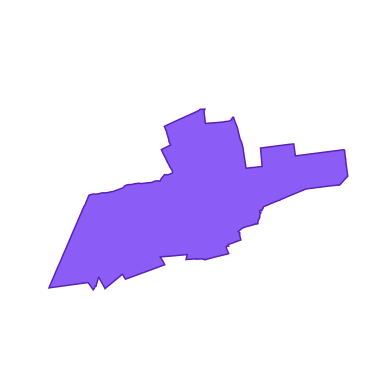 the district of Agigea, Constanta, Romania, rotated 350°
{"feature_id": "2599482B70645181256609", "entity_name": "Agigea", "entity_type": "district", "adm_level": 2, "iso_a3": "ROU", "parent_name": "Romania", "parent_adm1": "Constanta", "projection": "equal_earth", "projection_center": [28.603, 44.096], "detail": "fine", "context": "isolated", "style": "filled", "palette": "violet", "viewbox_px": 384, "rotation_deg": 350, "n_neighbors": 0, "source": "geoboundaries", "source_scale": "gbopen_adm2", "svg_char_len": 5749}
<svg xmlns="http://www.w3.org/2000/svg" viewBox="0 0 384 384"><g transform="rotate(350 192 192)"><path d="M251.2,234.8L251.3,234.6L251.4,234.4L251.5,234.3L251.4,234.2L251.3,233.9L251.4,233.7L251.6,233.2L251.8,232.6L252.3,231.6L252.4,231.4L252.7,231.0L253.2,230.4L253.5,230.1L253.7,229.8L253.9,229.4L254.3,228.8L254.4,228.3L254.4,228.0L254.5,227.4L254.6,226.9L254.8,226.5L255.0,226.1L255.2,225.5L255.3,225.3L255.5,225.0L255.6,224.8L255.8,224.8L256.0,224.9L256.0,225.1L256.1,224.8L256.2,224.6L256.3,224.4L256.2,224.3L256.0,224.6L255.9,224.6L255.7,224.5L255.5,224.3L255.3,224.1L255.2,224.0L255.1,223.7L255.1,223.2L255.2,222.7L255.4,222.3L255.6,222.1L255.9,221.9L256.2,221.8L256.4,221.7L256.7,221.8L256.8,222.0L257.0,222.5L257.3,222.6L257.5,222.6L257.7,222.2L257.9,221.7L258.3,221.1L258.4,220.8L258.6,220.6L258.9,220.6L259.0,220.6L259.0,220.4L259.2,220.1L259.4,219.8L259.8,219.1L260.2,218.8L260.8,218.7L261.6,218.5L263.8,218.1L264.9,217.8L266.6,217.4L267.9,217.0L270.9,216.4L273.2,215.9L275.2,215.4L275.6,215.4L276.0,215.4L276.2,215.5L276.7,215.4L277.2,215.3L277.7,215.0L278.0,214.8L280.0,214.4L281.5,214.1L281.8,214.0L284.6,213.3L289.0,212.3L296.0,210.8L298.6,210.2L299.1,210.2L299.4,210.1L299.6,209.9L303.0,209.2L303.8,209.0L305.0,208.9L308.0,208.9L312.4,209.2L314.3,209.2L317.1,209.3L317.7,209.5L318.3,209.6L318.7,209.6L318.9,209.6L320.1,209.5L325.6,209.8L331.1,210.1L334.3,210.4L337.2,210.5L337.9,210.9L338.3,210.8L339.0,210.5L340.4,209.5L341.7,208.4L343.9,206.7L346.5,204.6L347.5,204.1L347.9,203.7L348.2,203.2L348.3,199.5L348.5,195.1L348.6,191.0L348.7,189.9L348.8,187.4L349.1,186.7L349.0,185.7L349.0,185.1L349.1,184.2L349.1,182.0L349.2,181.1L349.5,177.4L349.2,176.9L348.8,176.7L348.5,176.7L300.1,174.4L300.5,162.3L295.2,161.9L267.1,160.6L265.5,179.0L256.3,178.5L256.3,178.4L249.4,178.0L249.4,177.8L249.4,176.9L249.5,173.4L249.5,170.3L249.6,168.4L249.6,165.3L249.7,164.1L249.7,162.7L249.7,161.6L249.8,160.3L249.8,159.2L249.9,157.7L249.8,156.9L249.8,156.1L249.7,154.5L249.6,153.3L249.5,152.4L249.4,151.4L249.4,151.2L248.9,149.7L248.6,148.6L248.5,147.8L248.3,145.2L248.3,144.1L248.2,142.3L248.1,141.4L248.1,140.4L248.0,138.8L247.9,137.0L247.7,135.8L246.7,131.0L246.1,127.6L246.0,127.1L246.0,126.8L246.0,126.7L245.9,126.8L245.9,126.7L245.6,125.5L244.9,125.6L243.8,127.0L243.4,127.5L243.2,127.6L242.7,128.0L242.4,128.1L242.0,128.3L241.9,128.3L241.7,128.4L241.2,128.5L240.8,128.6L240.5,128.6L240.3,128.6L238.2,128.5L237.4,128.5L237.0,128.4L236.5,128.4L235.6,128.5L234.5,128.5L234.2,128.4L233.1,128.3L232.6,128.3L231.7,128.2L231.1,128.2L230.3,128.1L230.0,128.0L228.1,127.9L227.0,127.8L223.8,127.5L222.2,127.3L221.6,127.2L220.2,127.1L219.3,127.0L217.8,126.9L217.3,126.9L217.1,126.8L217.2,125.0L217.3,123.3L217.7,116.7L217.8,115.3L217.9,114.6L218.3,114.0L219.1,112.6L215.9,112.2L215.0,112.0L214.2,112.0L213.8,112.3L213.4,112.7L212.9,112.9L212.4,113.1L199.3,116.5L192.5,118.2L186.8,119.7L181.5,121.1L176.2,122.6L176.3,122.8L177.3,127.9L177.5,129.2L177.5,129.4L177.6,129.5L177.5,130.2L177.8,132.6L178.1,135.0L178.1,135.7L178.2,136.9L178.1,138.5L178.2,139.0L178.3,139.3L179.1,142.0L169.2,144.9L169.8,147.4L170.5,150.0L171.2,152.2L172.0,154.7L172.8,157.2L172.6,157.2L173.8,160.8L174.8,164.0L175.3,165.3L175.7,166.6L175.9,166.8L176.1,167.0L176.4,169.1L176.2,169.6L175.9,169.9L174.9,170.2L173.7,170.5L171.8,170.8L171.1,170.9L170.8,170.8L168.0,170.1L167.2,170.8L166.6,171.3L165.8,172.0L165.0,172.6L164.4,173.1L164.0,173.6L163.5,174.3L163.2,174.6L162.3,175.8L161.7,175.5L161.3,175.3L160.7,175.2L160.3,175.1L159.8,175.0L158.7,174.9L158.4,174.9L157.2,174.9L156.9,174.9L156.6,174.9L156.2,175.0L155.9,175.1L155.6,175.2L155.2,175.4L154.9,175.4L154.5,175.5L154.3,175.6L153.9,175.6L153.5,175.6L153.2,175.6L152.8,175.5L147.7,175.1L146.1,175.1L144.2,174.9L143.6,174.9L143.3,174.8L142.9,174.8L142.6,174.6L141.7,174.2L139.2,174.0L137.8,174.0L136.7,173.9L136.1,174.0L135.1,174.1L134.5,174.1L133.4,174.1L131.7,173.8L131.1,173.7L130.3,173.7L129.5,173.7L128.7,173.8L128.2,173.9L127.9,174.0L127.2,174.2L126.9,174.3L126.7,174.4L126.5,174.5L126.4,174.6L126.2,174.8L125.6,175.2L125.1,175.7L124.7,175.9L124.4,176.0L119.9,176.8L114.7,177.8L113.5,177.7L109.3,177.9L107.9,177.9L106.5,177.7L106.3,177.7L106.3,177.8L105.6,177.8L105.3,177.8L104.9,177.6L104.1,177.2L103.8,177.2L102.8,177.3L102.7,177.3L100.9,177.4L99.6,177.5L98.5,177.5L97.3,177.5L96.3,177.4L96.0,177.3L95.3,176.9L94.9,176.9L94.3,176.9L93.3,176.9L92.6,176.9L91.5,176.9L90.6,177.1L90.3,177.2L89.9,177.4L83.9,186.8L83.3,187.1L80.3,191.7L78.6,194.4L77.4,196.1L75.8,198.5L73.5,202.1L70.8,206.2L70.0,207.4L69.2,208.6L67.6,211.0L66.8,212.2L63.3,217.7L61.9,219.8L60.9,221.3L60.5,222.0L59.9,222.9L59.4,223.6L58.4,225.2L57.3,226.8L56.6,227.9L55.3,229.8L53.9,231.9L50.6,237.1L48.9,239.6L48.4,240.4L46.9,242.5L39.7,253.6L37.6,256.8L34.5,261.6L34.8,261.6L53.1,262.3L53.5,262.3L70.8,263.0L73.2,263.1L73.7,263.1L74.6,264.4L77.7,271.2L78.6,270.3L79.2,269.8L79.3,269.6L79.7,269.1L80.4,267.9L81.1,268.1L85.0,260.0L85.4,259.9L89.6,271.9L89.6,272.0L109.2,260.9L111.3,266.3L116.4,265.4L152.5,258.9L151.5,255.6L149.5,250.4L160.7,251.5L160.8,251.5L176.4,252.8L174.4,257.5L179.9,258.0L184.7,258.6L184.6,258.9L190.0,259.6L193.0,260.7L193.0,261.0L202.3,260.1L216.7,259.2L217.5,258.9L217.1,257.5L216.6,255.6L216.4,254.9L216.2,253.7L216.1,252.6L216.2,251.6L218.8,251.6L218.3,250.1L225.1,248.9L231.8,247.7L231.6,245.1L231.5,243.6L231.4,242.8L231.3,242.4L231.2,242.1L231.8,241.9L231.7,241.1L232.0,240.6L231.4,239.9L230.6,239.1L231.1,238.8L232.0,238.2L234.6,236.7L235.5,236.3L236.1,236.2L237.3,235.9L239.8,235.5L242.0,235.4L247.9,234.8L248.1,234.6L248.4,234.4L248.6,234.4L248.9,234.5L249.0,234.6L249.2,234.8L249.6,234.8L249.7,234.7L249.9,234.7L250.1,234.7L250.3,234.7L250.7,234.7L251.2,234.8Z" fill="#8b5cf6" stroke="#5b21b6" stroke-width="1.5"/></g></svg>